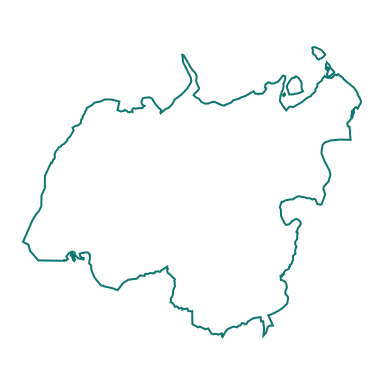 Kota Langsa, Aceh, Indonesia (Natural Earth projection)
{"feature_id": "22746128B69628984727954", "entity_name": "Kota Langsa", "entity_type": "district", "adm_level": 2, "iso_a3": "IDN", "parent_name": "Indonesia", "parent_adm1": "Aceh", "projection": "natural_earth1", "projection_center": [98.034, 4.485], "detail": "fine", "context": "isolated", "style": "outline", "palette": "teal", "viewbox_px": 384, "rotation_deg": 0, "n_neighbors": 0, "source": "geoboundaries", "source_scale": "gbopen_adm2", "svg_char_len": 5896}
<svg xmlns="http://www.w3.org/2000/svg" viewBox="0 0 384 384"><path d="M350.6,139.8L349.9,133.0L350.2,131.4L349.6,129.1L349.6,126.9L347.8,126.3L347.3,123.1L349.6,120.9L351.5,118.0L351.3,116.0L351.9,113.6L351.9,111.1L355.4,107.4L356.3,107.2L357.5,108.7L357.8,108.6L359.5,104.9L360.6,103.5L361.0,101.1L359.2,97.0L357.9,95.2L357.7,93.9L356.4,91.1L353.8,87.5L346.1,81.3L343.5,79.0L343.0,77.9L339.1,75.2L338.4,74.1L337.9,74.2L336.8,75.3L335.7,74.7L334.6,74.9L332.0,77.9L327.3,77.7L325.7,77.0L324.7,76.0L322.4,78.9L321.8,80.6L317.5,84.0L317.0,86.9L315.5,89.2L315.4,90.7L315.0,91.7L311.5,94.9L311.1,95.9L306.9,98.0L302.2,101.9L293.2,107.1L290.7,106.6L289.1,107.0L286.2,110.4L283.2,106.5L280.2,101.5L279.9,100.5L280.6,95.5L281.4,94.1L281.5,92.1L282.3,91.1L283.5,87.1L283.4,83.7L284.5,81.9L285.4,78.0L285.2,76.2L283.3,75.6L282.7,75.7L279.4,80.3L277.6,81.9L273.6,83.5L270.8,83.3L268.9,82.2L265.5,84.4L265.0,87.7L266.1,88.1L266.3,88.9L262.9,93.4L262.3,93.7L259.2,93.7L258.3,94.3L256.9,93.6L255.3,93.7L253.4,91.3L245.2,96.1L240.4,97.7L239.4,98.6L233.4,100.2L230.8,102.8L225.2,104.9L224.3,105.7L221.9,105.2L214.0,101.7L212.1,102.0L208.3,103.5L205.0,103.7L201.2,101.8L199.1,98.8L196.0,97.4L193.6,95.2L194.3,93.9L197.6,90.9L199.0,88.9L198.9,87.6L196.9,83.7L196.1,80.9L196.7,76.1L195.2,72.8L192.9,70.5L190.7,67.4L183.6,55.2L182.3,54.8L183.1,62.2L190.9,77.9L191.3,81.7L187.6,88.2L181.4,94.7L174.7,99.5L172.0,104.4L168.6,107.9L165.9,108.8L160.6,113.2L160.4,112.5L161.2,110.1L158.5,107.7L154.9,103.3L152.1,98.7L148.9,97.3L143.1,98.0L142.1,99.6L141.5,101.6L141.8,103.6L142.6,105.0L144.6,105.9L142.3,108.0L140.5,108.3L138.8,108.0L135.7,108.8L134.2,108.2L132.8,108.5L132.2,109.7L132.5,111.9L131.7,111.5L130.3,112.1L128.2,112.2L127.2,111.1L124.6,109.9L124.1,110.7L120.8,111.5L117.5,110.0L119.4,101.6L111.5,99.5L105.2,99.4L99.9,101.6L94.6,102.6L92.3,104.9L86.7,108.0L86.3,110.0L85.5,111.0L84.1,114.3L82.9,115.9L82.5,118.5L81.3,119.3L80.7,123.2L78.0,125.4L75.4,126.0L72.6,127.6L73.7,130.4L70.2,136.4L67.4,139.2L67.2,140.7L64.1,143.8L61.6,145.2L60.5,146.7L58.9,147.1L58.1,148.7L55.7,151.5L54.5,154.8L54.9,156.7L54.5,158.7L53.3,159.5L52.0,162.9L51.1,162.6L44.9,176.1L44.8,188.3L41.5,195.4L41.3,206.3L39.2,210.6L36.1,214.3L32.4,220.4L23.0,241.9L28.5,244.7L30.0,250.8L38.3,260.4L64.2,260.8L64.2,260.1L66.2,260.5L67.8,259.1L66.3,256.6L69.2,252.8L72.4,251.5L74.6,252.5L75.0,254.4L74.3,254.8L72.9,254.6L71.6,252.7L71.1,253.1L71.2,253.7L70.6,255.1L70.8,255.6L72.9,256.4L72.3,257.5L73.1,260.0L74.2,261.0L75.1,259.7L74.1,257.5L75.6,255.6L78.3,258.5L81.3,258.9L83.2,259.6L83.7,259.0L83.6,258.0L82.5,258.0L80.3,256.5L79.7,253.7L81.7,253.0L86.7,252.3L88.0,252.6L89.1,253.4L89.3,254.5L89.9,254.8L89.9,258.5L89.4,260.7L89.2,263.6L91.2,265.4L91.1,269.1L94.3,277.1L96.4,279.9L101.0,285.5L103.5,285.6L103.8,286.3L112.3,288.1L117.6,290.2L123.2,283.0L128.2,279.8L136.9,278.6L140.2,275.4L144.6,275.9L145.0,274.2L145.6,273.8L147.8,274.0L150.6,272.9L151.8,273.3L154.5,273.2L155.3,271.6L156.5,271.5L158.6,271.3L159.8,272.0L160.4,271.7L161.2,270.4L166.0,267.4L167.2,266.4L168.2,266.4L167.1,266.7L166.9,267.8L167.0,268.2L167.9,268.8L167.1,270.5L167.5,272.2L168.2,273.4L169.2,273.7L175.0,279.4L174.2,280.9L174.8,282.4L174.6,284.1L175.0,286.3L173.1,290.5L173.0,293.6L172.3,296.5L170.7,298.6L171.1,300.0L170.5,302.2L171.2,302.2L173.5,304.0L175.0,306.9L176.4,306.4L177.7,307.0L178.8,308.6L181.3,307.8L182.7,308.6L182.4,309.5L185.8,308.7L187.0,309.1L187.1,307.7L188.2,311.1L192.2,311.2L192.4,324.2L198.3,327.4L199.7,326.6L205.2,329.2L208.3,328.5L211.4,333.5L213.0,334.3L214.4,333.9L217.0,334.0L218.4,334.7L221.8,333.3L222.5,334.2L221.9,335.2L221.9,336.0L222.3,335.8L222.7,336.8L225.9,331.0L227.9,329.0L233.3,326.6L237.2,327.3L238.5,325.8L239.9,325.7L242.3,323.0L244.2,323.5L245.0,324.4L246.3,324.1L248.1,321.4L253.5,318.2L260.5,317.1L261.1,321.5L263.2,321.2L264.1,329.0L263.5,335.7L266.0,332.7L267.7,327.0L269.6,325.7L272.9,325.6L268.3,315.2L271.6,314.3L278.7,310.7L283.1,307.6L287.3,303.4L288.1,297.9L287.6,296.4L285.6,294.2L285.3,293.2L285.4,291.0L286.9,287.7L286.6,285.2L285.4,282.0L283.4,280.6L280.8,279.8L280.6,276.2L281.7,276.6L282.2,275.7L281.8,275.4L281.9,274.7L282.5,274.3L283.6,274.6L284.2,274.0L284.0,272.5L285.2,270.6L288.9,268.8L289.2,267.9L288.9,266.9L290.1,266.3L290.2,265.5L289.9,265.0L291.6,263.7L292.4,261.3L292.9,260.7L293.0,255.9L295.5,253.6L295.2,252.8L295.3,249.7L296.5,246.6L295.1,244.1L295.3,241.6L296.9,239.5L297.3,237.0L297.2,234.9L297.8,233.6L297.6,232.6L296.6,232.5L296.4,231.5L297.4,230.4L297.6,228.7L300.7,224.4L300.7,223.1L300.1,221.3L297.9,219.5L296.0,219.0L291.9,221.1L290.5,223.0L288.8,224.4L286.0,224.9L284.4,222.9L281.1,216.1L280.8,209.6L279.8,207.1L281.7,201.7L282.7,202.0L285.6,200.3L290.5,199.4L292.9,199.4L295.1,197.7L297.6,196.5L299.5,196.3L302.5,197.1L304.2,197.1L306.6,198.2L309.8,198.2L312.5,199.6L314.0,198.8L315.5,199.6L317.2,203.9L320.6,204.8L321.8,203.9L325.2,194.5L323.3,188.3L324.3,186.0L328.4,181.7L330.4,174.9L329.6,170.9L324.2,160.4L321.5,153.3L321.8,149.3L322.7,144.7L324.9,142.4L330.8,140.4L339.9,139.6L350.6,139.8ZM298.4,77.8L296.1,76.3L295.1,76.7L294.7,77.8L293.4,77.7L292.0,78.2L290.3,80.1L287.4,84.8L286.8,87.0L289.3,94.5L293.3,94.4L294.7,93.8L297.1,93.6L300.3,92.6L303.0,91.1L302.1,89.7L301.4,87.2L301.7,83.8L301.1,81.7L298.4,77.8ZM321.4,58.4L325.0,55.2L324.9,54.2L323.8,52.6L322.0,50.6L320.0,49.3L315.2,47.2L312.5,47.3L312.2,48.2L313.0,50.4L312.6,52.8L313.0,53.7L315.7,55.8L316.7,58.1L318.3,59.5L318.9,59.5L320.0,58.6L321.4,58.4ZM330.2,67.4L329.4,65.0L327.1,62.7L327.2,63.3L326.1,64.0L325.7,68.3L326.8,69.8L327.4,67.4L328.0,68.0L329.2,67.7L329.7,68.5L329.5,68.9L328.6,69.1L327.9,72.1L327.1,73.7L327.0,74.9L327.8,76.1L329.3,76.3L330.3,75.8L334.3,72.5L334.1,71.8L330.2,67.4ZM352.2,117.4L354.1,112.3L353.9,110.5L353.4,110.0L352.3,111.3L352.7,114.8L351.7,116.6L352.2,117.4ZM284.0,96.1L285.1,94.8L284.5,93.4L283.2,94.8L283.2,95.6L284.0,96.1Z" fill="none" stroke="#0f766e" stroke-width="2"/></svg>